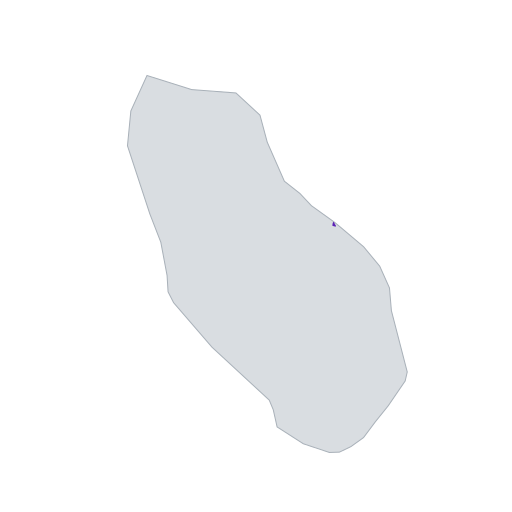 18-19, Ad Dawhah, Qatar shown in context, rotated 324°
{"feature_id": "91078587B2684025593760", "entity_name": "18-19", "entity_type": "district", "adm_level": 2, "iso_a3": "QAT", "parent_name": "Qatar", "parent_adm1": "Ad Dawhah", "projection": "natural_earth1", "projection_center": [51.554, 25.282], "detail": "fine", "context": "in_parent", "style": "filled", "palette": "violet", "viewbox_px": 512, "rotation_deg": 324, "n_neighbors": 0, "source": "geoboundaries", "source_scale": "gbopen_adm2", "svg_char_len": 841}
<svg xmlns="http://www.w3.org/2000/svg" viewBox="0 0 512 512"><g transform="rotate(324 256 256)"><path d="M274.9,454.9L255.0,460.3L236.3,466.1L220.7,466.0L208.2,463.7L199.9,458.1L183.9,435.7L172.6,406.7L179.6,390.5L182.0,380.4L166.8,304.0L161.9,245.4L163.8,233.3L172.6,219.5L187.1,188.9L194.9,159.4L216.8,91.3L240.0,65.1L273.9,45.9L301.7,83.5L335.6,112.3L342.0,144.4L332.0,170.5L322.9,212.2L328.3,231.3L330.4,247.9L339.6,275.7L348.5,311.8L350.1,337.0L345.2,360.3L333.4,379.8L310.2,438.7L303.2,444.8L274.9,454.9Z" fill="#d9dde1" stroke="#a8b0b8" stroke-width="1"/><path d="M337.7,278.0L337.9,277.7L337.7,276.7L338.2,275.1L338.1,274.8L338.1,274.7L337.9,274.7L338.0,274.7L338.1,274.8L338.1,275.0L337.9,275.1L337.7,275.2L337.4,275.6L337.0,276.0L336.9,276.0L336.5,276.5L337.7,278.0Z" fill="#8b5cf6" stroke="#5b21b6" stroke-width="1.5"/></g></svg>